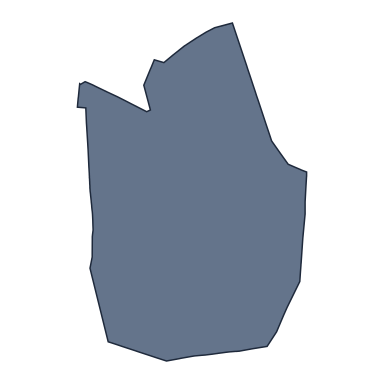 Santa Ana Zegache, Oaxaca, Mexico (Equal Earth projection)
{"feature_id": "50627088B25823982981856", "entity_name": "Santa Ana Zegache", "entity_type": "district", "adm_level": 2, "iso_a3": "MEX", "parent_name": "Mexico", "parent_adm1": "Oaxaca", "projection": "equal_earth", "projection_center": [-96.738, 16.839], "detail": "fine", "context": "isolated", "style": "filled", "palette": "slate", "viewbox_px": 384, "rotation_deg": 0, "n_neighbors": 0, "source": "geoboundaries", "source_scale": "gbopen_adm2", "svg_char_len": 1935}
<svg xmlns="http://www.w3.org/2000/svg" viewBox="0 0 384 384"><path d="M79.7,83.7L79.1,89.6L78.8,92.8L78.6,94.7L78.4,96.9L78.2,98.2L77.6,104.6L77.4,107.2L85.8,107.9L86.4,122.3L86.4,122.6L86.7,127.0L87.2,135.1L87.8,144.8L88.1,150.0L88.9,167.1L89.3,173.9L89.3,174.8L89.4,176.2L89.4,177.6L89.5,178.5L89.6,179.9L89.6,180.8L89.7,181.9L89.7,183.2L89.8,184.7L89.9,185.9L89.9,186.7L89.9,187.5L90.0,189.3L90.1,189.8L90.1,190.8L90.5,194.1L90.6,195.4L90.7,196.3L90.9,198.0L91.0,199.2L91.1,200.0L91.2,200.9L91.3,202.4L91.5,204.0L91.7,205.9L91.7,206.7L91.8,207.5L92.0,209.5L92.3,211.8L92.5,214.3L92.8,220.5L92.9,224.3L93.1,229.8L93.1,230.0L92.6,233.9L92.3,236.7L92.3,237.6L92.3,239.2L92.2,253.7L92.2,256.5L92.2,257.0L90.0,268.2L91.7,275.1L108.2,341.8L111.0,342.7L116.5,344.5L122.7,346.6L135.2,350.7L136.9,351.3L139.3,352.1L150.6,355.8L156.3,357.7L166.5,361.0L179.6,358.6L180.8,358.3L191.7,356.4L193.4,356.1L194.8,355.9L201.5,355.3L205.4,355.0L206.9,354.8L212.0,354.2L216.2,353.6L217.2,353.5L218.2,353.3L222.2,352.8L225.8,352.3L230.1,351.8L230.5,351.8L235.2,351.4L236.3,351.4L237.6,351.3L238.7,351.2L239.8,351.1L240.1,351.0L252.2,348.8L267.1,346.4L276.6,331.8L283.5,315.5L287.2,307.2L299.8,281.5L300.4,272.7L300.9,265.9L301.0,263.9L301.1,263.2L302.8,238.4L305.1,214.0L305.1,213.4L305.1,201.9L305.9,187.2L306.5,177.0L306.6,176.1L306.6,172.0L301.1,169.9L300.8,169.7L295.4,167.4L288.5,164.4L288.2,164.3L285.7,160.8L280.1,153.0L272.5,142.2L271.6,140.9L269.9,135.7L265.7,123.2L263.5,116.5L258.4,101.1L256.5,95.6L255.3,91.8L254.1,88.2L253.1,85.2L250.1,76.1L248.5,71.4L247.6,68.7L246.7,65.8L232.4,23.0L214.7,27.7L206.2,32.1L196.5,38.0L184.2,46.1L180.2,49.3L172.9,55.1L163.9,62.6L154.3,59.8L151.1,67.6L150.5,68.9L143.8,85.2L149.5,106.6L150.4,110.0L146.7,111.7L130.8,103.6L124.8,100.5L117.5,96.8L107.0,91.9L100.8,88.9L98.7,87.9L94.4,85.8L93.9,85.5L92.0,84.6L87.4,82.6L85.1,81.7L80.6,84.3L79.7,83.7Z" fill="#64748b" stroke="#1e293b" stroke-width="1.5"/></svg>